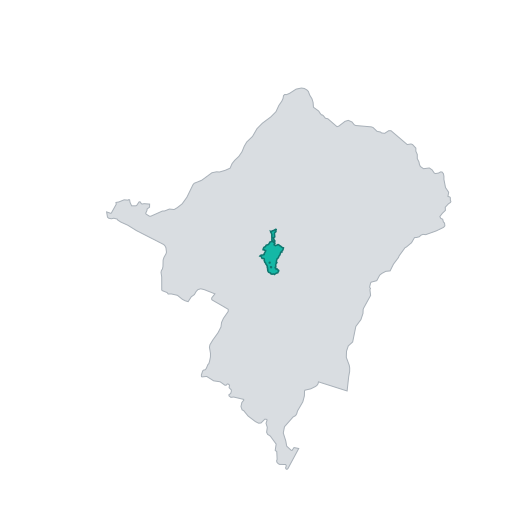 location of Kole, Kasaï-Oriental, Democratic Republic of the Congo, rotated 28°
{"feature_id": "63176286B77592742780307", "entity_name": "Kole", "entity_type": "district", "adm_level": 2, "iso_a3": "COD", "parent_name": "Democratic Republic of the Congo", "parent_adm1": "Kasaï-Oriental", "projection": "natural_earth1", "projection_center": [22.534, -3.425], "detail": "fine", "context": "in_parent", "style": "filled", "palette": "teal", "viewbox_px": 512, "rotation_deg": 28, "n_neighbors": 0, "source": "geoboundaries", "source_scale": "gbopen_adm2", "svg_char_len": 8673}
<svg xmlns="http://www.w3.org/2000/svg" viewBox="0 0 512 512"><g transform="rotate(28 256 256)"><path d="M399.8,332.4L370.2,337.8L370.8,339.7L370.5,341.8L369.7,343.4L366.7,347.6L362.2,351.5L362.2,352.4L364.4,356.8L365.8,362.8L365.4,373.3L366.0,376.1L365.9,378.3L364.3,380.8L361.3,393.4L363.2,399.5L369.1,405.3L372.4,409.5L378.2,411.0L379.1,410.8L379.5,407.3L384.1,405.9L384.0,428.5L383.6,429.7L382.8,430.0L381.6,429.3L381.3,427.1L380.1,426.2L374.5,429.0L373.1,428.9L371.5,428.4L370.4,427.3L370.1,425.6L366.2,419.0L364.2,418.6L362.1,412.6L353.2,408.3L349.9,408.0L348.1,406.6L346.4,402.0L343.4,399.0L342.8,395.7L342.2,395.2L340.4,395.9L338.8,401.1L336.8,402.4L333.2,402.5L324.1,401.0L317.7,398.3L316.0,398.4L313.4,396.0L312.3,392.0L312.9,388.9L312.4,388.4L302.5,391.0L300.2,392.6L297.9,392.2L297.2,391.3L298.2,389.2L297.7,386.9L297.0,385.8L294.1,384.9L293.2,382.4L291.4,382.1L290.8,382.4L290.3,384.1L289.3,384.7L283.4,383.9L277.2,386.1L269.0,385.5L265.1,388.1L264.5,388.1L263.6,386.7L262.9,382.5L263.3,381.3L264.5,380.4L264.9,378.7L264.5,374.3L264.9,373.3L264.4,370.7L263.2,366.6L261.5,363.3L257.7,358.4L257.0,356.0L257.3,350.5L258.5,341.6L258.4,335.1L256.8,330.9L256.5,326.3L257.5,318.0L256.5,316.1L237.8,315.4L237.0,314.8L236.6,313.6L237.5,308.7L226.0,310.0L222.6,310.9L220.5,312.9L219.8,315.4L219.7,319.0L218.0,322.4L217.5,328.2L214.4,328.8L211.2,328.8L205.1,327.6L199.2,329.2L196.3,330.8L194.7,330.0L189.4,330.6L188.7,330.2L182.6,318.8L179.8,315.0L179.3,313.1L179.5,311.4L178.8,309.0L175.9,303.2L175.4,300.4L175.5,296.2L175.2,294.7L172.6,291.0L170.9,289.8L169.1,289.2L138.4,289.7L128.3,289.0L120.9,289.5L117.1,289.2L116.1,288.6L112.7,289.4L110.9,291.0L108.3,291.8L106.6,291.4L103.4,287.2L107.8,286.5L108.1,286.0L108.3,275.9L107.2,274.5L109.5,272.7L113.2,268.3L116.9,266.7L117.3,265.8L118.1,265.8L119.5,267.7L122.6,270.1L126.5,268.0L126.9,267.4L127.4,263.0L128.4,262.6L130.1,263.6L131.0,263.6L132.7,262.3L137.7,260.1L139.1,262.9L137.8,265.5L138.4,267.2L138.5,270.0L139.3,270.6L143.3,270.9L144.4,270.3L152.2,260.3L154.2,259.1L157.5,255.2L161.9,253.4L163.8,250.3L166.3,244.7L167.4,236.6L166.9,222.7L167.3,220.8L172.5,214.6L178.0,203.2L181.6,200.2L184.3,199.0L188.6,194.8L191.9,190.6L191.5,185.6L192.3,181.4L194.1,176.1L194.7,170.5L194.1,164.6L194.3,159.7L196.8,152.0L197.1,143.1L199.3,135.7L203.8,126.2L205.9,119.2L205.5,112.3L206.1,107.1L205.9,104.1L205.0,101.5L205.5,99.9L207.2,99.2L209.3,96.6L213.1,89.8L217.2,86.4L220.0,85.4L223.0,85.5L224.9,86.1L228.0,88.8L231.6,90.9L234.3,93.6L236.9,97.7L243.3,98.6L246.0,100.1L247.7,100.7L248.3,100.3L249.6,100.5L252.6,101.8L255.0,101.1L266.8,103.8L268.1,102.5L271.4,95.3L273.8,92.9L277.9,92.6L281.0,94.0L282.7,94.0L297.1,87.9L299.0,87.6L304.3,89.1L307.7,88.1L309.1,88.4L312.0,87.3L314.4,83.0L316.4,82.0L337.2,86.6L340.3,84.3L341.9,84.1L346.5,85.7L347.9,88.4L350.7,90.6L352.7,94.3L355.7,96.4L357.3,98.4L359.1,99.8L362.9,100.3L367.7,96.9L371.1,97.3L374.5,99.1L375.7,99.0L378.2,97.1L379.6,95.0L380.9,94.5L382.9,95.4L384.5,97.4L386.0,100.2L391.2,106.6L396.2,109.3L397.5,113.3L399.3,112.9L400.2,113.3L401.5,115.7L402.4,116.2L402.6,117.3L401.4,119.6L400.2,124.1L401.8,126.8L400.5,130.8L399.8,134.9L401.4,136.0L403.6,135.9L405.5,138.0L407.0,138.4L408.6,140.7L408.2,142.6L403.3,149.3L395.8,157.5L393.3,158.5L392.0,160.0L391.1,162.4L388.9,164.4L387.3,165.3L387.1,171.2L384.6,177.4L383.7,178.6L382.3,188.6L382.5,190.4L381.2,198.6L381.4,206.2L377.8,208.6L375.3,212.3L374.2,214.9L374.2,221.1L370.1,224.9L369.8,225.8L370.9,230.2L372.3,230.9L372.4,232.3L375.7,237.0L375.5,251.5L375.7,252.9L377.4,256.4L378.5,262.9L377.2,271.3L381.7,286.5L379.7,292.1L380.6,297.5L383.3,303.1L389.6,308.7L391.3,310.9L392.9,314.0L394.4,318.8L399.8,332.4Z" fill="#d9dde1" stroke="#a8b0b8" stroke-width="1"/><path d="M259.5,254.1L259.8,253.9L260.1,254.0L260.3,254.0L260.5,254.1L260.8,254.1L261.3,254.3L261.5,254.4L261.6,254.5L261.8,254.9L261.9,255.0L262.2,255.1L262.5,255.3L262.9,255.2L263.0,255.1L263.4,254.9L263.6,254.8L263.8,254.6L264.0,254.5L264.4,254.6L264.5,254.6L264.7,254.8L264.9,255.0L265.0,255.3L265.1,255.5L265.3,256.1L265.4,256.3L265.8,256.4L266.0,256.6L266.1,256.8L266.4,257.2L266.5,257.3L266.8,257.3L267.1,257.5L267.5,257.5L267.7,257.8L267.9,257.9L268.1,258.1L268.7,258.6L269.3,258.8L269.5,258.9L269.7,259.1L270.0,259.1L270.4,259.5L270.6,259.6L270.8,259.8L270.9,260.2L271.3,260.6L271.4,260.9L271.5,260.9L271.6,261.0L271.9,261.3L272.0,261.3L272.0,261.5L272.4,262.2L272.5,262.2L272.6,262.3L272.9,262.6L273.0,262.7L273.1,262.8L273.1,263.1L273.3,263.4L273.3,263.5L273.9,263.9L274.0,264.0L274.7,264.4L275.1,264.4L275.9,264.3L276.0,264.3L276.2,264.2L276.4,264.1L276.9,264.2L277.2,264.4L277.2,264.5L277.4,264.5L277.6,264.7L277.8,264.8L278.0,264.6L278.5,264.6L278.8,264.4L279.0,264.3L279.2,264.2L279.3,264.2L279.5,264.0L279.6,263.7L280.1,263.6L280.3,263.6L280.6,263.6L280.9,263.7L281.1,263.3L281.1,263.1L281.5,262.6L281.7,262.2L281.8,261.9L282.0,261.6L282.3,261.4L282.5,261.1L282.9,260.8L283.1,260.7L283.1,260.2L283.0,259.8L283.0,259.4L283.1,259.1L283.1,258.7L283.0,258.4L282.9,258.4L282.8,258.1L282.7,258.0L282.5,257.9L282.4,257.9L282.1,258.0L281.9,258.1L281.7,258.1L281.4,257.9L281.1,257.9L280.9,258.0L280.6,257.8L280.5,257.7L280.4,257.8L280.4,257.7L280.0,257.9L279.9,257.9L279.6,257.6L279.3,257.7L279.0,257.3L278.7,257.4L278.4,257.4L278.5,256.9L278.4,256.7L278.3,256.3L278.4,256.2L278.4,255.8L278.3,255.7L278.2,255.5L277.8,255.1L277.5,254.5L277.4,254.1L277.3,253.8L277.4,253.0L277.5,252.4L277.6,252.1L277.5,251.9L277.4,251.9L277.0,252.1L276.9,252.1L276.9,251.9L277.0,251.7L276.6,251.3L276.4,251.0L276.3,250.7L276.2,250.0L276.1,249.5L276.0,248.9L275.9,248.7L276.0,248.5L276.4,247.4L276.6,247.0L276.6,246.9L276.5,246.7L276.3,246.1L276.3,245.7L276.3,245.4L276.4,245.1L276.4,244.7L276.5,244.4L276.6,244.1L276.6,243.9L276.5,243.7L276.5,243.3L276.4,242.9L276.4,242.5L276.3,242.2L276.2,241.9L276.1,241.6L276.1,241.1L276.3,241.0L276.6,240.7L276.9,240.4L276.5,240.2L276.4,240.0L276.4,239.9L276.5,239.6L276.7,239.3L276.8,239.1L276.9,238.9L276.9,238.6L276.8,237.4L276.7,237.0L276.5,236.1L276.4,235.9L276.2,236.0L275.6,236.1L275.2,236.1L274.5,236.1L274.3,236.0L274.1,236.0L273.8,235.9L273.6,235.8L273.0,235.7L272.7,235.7L272.4,235.7L272.1,235.8L271.8,235.8L271.6,235.7L271.3,235.5L271.0,235.4L270.8,235.4L270.2,235.5L269.9,235.7L269.8,235.8L269.6,236.3L269.5,236.5L268.7,237.3L268.5,237.6L268.3,237.8L268.0,237.8L267.9,237.8L267.0,237.7L266.7,237.6L266.7,236.8L266.8,236.5L266.9,236.3L266.8,236.0L266.8,235.9L266.7,235.7L266.4,235.6L266.1,235.7L265.7,235.8L265.1,235.7L264.7,235.6L266.1,233.8L265.9,233.9L265.6,233.8L265.4,233.6L265.2,233.6L264.8,233.4L264.5,233.3L264.3,233.2L264.2,233.1L263.9,233.0L263.8,232.8L263.8,232.7L263.6,232.7L263.4,232.4L263.2,232.2L263.0,231.9L262.9,231.8L262.8,231.7L263.6,230.5L263.6,230.3L262.6,228.8L261.9,227.8L261.7,227.2L261.6,226.9L261.6,226.3L261.8,225.9L262.1,225.6L262.1,224.9L261.7,224.5L261.5,224.2L261.5,223.5L261.5,223.2L261.4,223.1L261.2,223.1L260.9,223.1L260.8,223.3L260.7,223.4L260.4,223.9L260.3,224.0L260.2,224.2L260.1,224.5L259.9,224.8L259.2,225.5L258.8,226.0L258.5,226.4L258.4,226.5L258.0,226.9L257.8,227.1L257.5,227.4L257.3,227.4L257.5,227.6L257.6,227.9L257.9,228.1L258.3,228.2L258.4,228.3L258.5,228.3L258.8,228.6L259.0,228.8L259.4,229.2L259.6,229.4L259.9,229.6L260.2,230.0L260.3,230.6L260.5,231.0L260.8,231.4L260.9,231.5L261.0,231.7L261.2,231.9L261.3,232.0L261.3,232.3L261.6,232.7L261.7,232.9L262.0,233.5L262.1,233.8L262.3,234.1L262.4,234.3L262.7,234.6L262.9,234.8L263.3,234.7L263.5,234.7L263.5,234.8L263.4,234.9L263.0,235.1L262.9,235.3L262.8,235.6L262.7,236.1L262.6,236.3L262.4,236.5L262.0,236.9L261.7,237.2L261.6,237.5L261.8,237.9L261.8,238.1L261.8,238.3L261.7,239.3L261.5,239.9L261.4,240.2L260.9,240.7L260.6,241.1L260.1,241.4L260.0,241.5L259.9,241.7L259.9,243.1L259.8,243.5L259.6,243.8L259.1,244.2L258.9,245.1L258.9,245.4L259.0,245.7L259.1,246.1L259.1,246.3L259.0,246.6L259.1,246.9L259.3,247.0L259.5,247.2L259.8,246.8L260.1,246.8L260.2,246.7L260.5,246.7L260.9,246.8L261.0,246.9L261.4,246.9L261.7,246.7L261.8,246.7L262.0,246.6L262.1,246.8L262.2,247.3L262.2,248.2L262.2,248.8L262.1,249.2L262.2,249.6L262.2,249.8L262.3,250.2L262.1,250.4L262.1,250.5L262.3,250.7L262.5,250.8L262.5,251.0L262.4,251.1L261.6,251.8L261.1,252.3L260.9,252.4L260.8,252.5L260.6,252.5L260.3,252.6L260.2,252.8L259.9,253.1L259.8,253.5L259.6,253.7L259.5,254.0L259.5,254.1ZM274.2,258.6L274.3,258.4L274.6,258.3L274.8,258.4L274.9,258.5L275.0,258.6L275.0,258.8L275.0,259.1L274.8,259.2L274.6,259.3L274.4,259.3L274.1,259.0L274.0,258.7L274.2,258.6ZM271.0,255.8L270.9,255.8L270.8,255.6L270.8,255.4L271.0,255.1L271.3,255.0L271.5,255.2L271.6,255.4L271.5,255.5L271.4,255.8L271.1,255.9L271.0,255.8Z" fill="#14b8a6" stroke="#0f766e" stroke-width="1.5"/></g></svg>